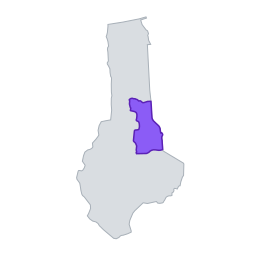 location of Donga within Benin, rotated 177°
{"feature_id": "BEN-2182", "entity_name": "Donga", "entity_type": "Department", "adm_level": 1, "iso_a3": "BEN", "parent_name": "Benin", "parent_adm1": "", "projection": "orthographic", "projection_center": [1.891, 9.258], "detail": "fine", "context": "in_parent", "style": "filled", "palette": "violet", "viewbox_px": 256, "rotation_deg": 177, "n_neighbors": 0, "source": "natural_earth", "source_scale": "10m", "svg_char_len": 3721}
<svg xmlns="http://www.w3.org/2000/svg" viewBox="0 0 256 256"><g transform="rotate(177 128 128)"><path d="M104.2,238.0L103.8,236.8L109.7,235.2L108.5,230.5L104.8,225.0L103.4,224.0L102.6,221.2L103.5,219.4L103.1,218.2L102.8,214.4L101.0,210.3L104.3,210.2L104.3,196.9L104.3,184.2L104.3,173.3L104.3,164.7L103.7,154.5L103.6,146.9L103.5,136.9L102.3,133.8L97.3,128.6L95.9,125.8L95.7,122.2L94.6,118.5L94.5,112.0L94.5,104.4L94.0,103.2L88.6,99.5L81.0,94.4L75.2,90.5L74.7,90.2L74.1,89.2L75.0,77.7L76.2,76.2L78.1,71.4L79.0,67.6L79.9,67.6L81.0,66.4L82.0,64.5L83.0,64.9L84.7,65.3L85.5,64.6L85.4,63.2L85.9,61.8L87.3,61.1L87.6,59.9L87.6,58.4L88.8,58.0L90.8,58.1L92.4,57.6L93.6,56.8L95.3,53.9L96.2,52.8L96.5,52.1L97.5,51.4L100.1,51.1L102.2,51.4L103.5,53.1L112.5,51.6L116.8,52.5L125.6,45.0L127.6,42.7L130.2,37.4L131.1,35.4L131.9,31.8L130.2,25.0L130.3,23.8L133.9,22.4L138.4,21.2L140.1,21.1L141.3,20.6L142.9,19.1L145.6,18.0L147.1,18.4L148.1,18.6L157.6,27.5L161.7,31.9L162.9,34.2L165.0,35.9L168.1,36.9L171.0,39.2L173.2,42.4L171.8,44.7L169.6,49.5L169.6,53.2L174.9,60.9L175.5,61.7L176.9,62.9L177.6,64.4L178.3,68.2L178.7,72.6L179.1,75.5L181.7,79.6L181.9,81.2L180.1,87.3L179.7,88.0L179.2,88.2L176.5,87.6L175.3,88.3L173.8,90.4L172.9,92.5L172.9,93.3L175.3,97.2L173.8,102.8L172.3,106.2L169.4,108.2L166.9,108.7L165.2,109.6L164.1,110.9L164.3,114.8L160.6,118.5L158.5,121.0L157.5,122.5L158.0,127.2L156.7,131.9L154.4,135.7L149.2,136.5L144.9,137.0L143.4,146.5L143.5,152.5L143.1,158.6L142.4,161.1L142.7,164.6L142.4,172.6L141.8,178.9L142.6,180.6L143.0,184.2L143.0,188.1L144.1,190.7L145.3,193.0L145.3,194.2L144.7,195.0L144.1,195.9L144.1,204.9L144.4,207.6L144.1,209.3L143.1,210.7L143.5,215.3L144.2,218.2L145.0,220.3L144.3,222.1L143.6,224.4L142.7,230.4L142.6,232.5L127.8,234.0L111.1,236.4L104.2,238.0Z" fill="#d9dde1" stroke="#a8b0b8" stroke-width="1"/><path d="M94.7,121.5L94.2,121.0L93.8,120.1L93.7,119.4L93.9,118.9L94.5,117.9L94.7,117.5L94.8,117.1L94.8,116.4L94.8,116.1L94.9,115.6L94.6,114.0L94.6,111.2L94.5,107.3L94.5,104.7L94.9,104.5L96.9,104.1L98.4,104.1L100.1,104.4L101.6,104.7L103.8,104.9L105.6,104.5L107.1,103.8L108.2,102.8L109.5,102.1L110.8,101.6L120.8,101.9L121.1,102.7L121.0,102.8L121.0,103.0L120.9,103.0L120.6,103.6L120.9,105.3L120.9,106.0L120.7,107.0L120.4,108.9L120.3,109.5L120.4,110.0L121.1,112.0L121.6,112.9L122.3,113.6L122.9,114.2L123.2,114.8L123.2,115.3L121.8,124.5L121.7,124.9L121.6,125.1L121.4,125.3L121.2,125.4L121.1,125.5L120.9,125.6L120.7,125.6L119.4,125.6L118.5,125.7L118.0,125.8L117.8,125.8L117.5,126.0L117.2,126.2L116.7,127.8L116.5,129.0L116.5,131.0L116.6,132.1L116.8,132.9L116.8,133.1L117.0,133.4L117.2,133.7L117.4,133.9L117.6,134.0L117.9,134.2L118.9,134.7L119.0,134.8L119.3,135.2L119.3,135.5L119.3,135.9L119.0,136.6L118.8,137.5L118.6,138.7L118.5,139.1L118.4,140.9L118.5,141.5L118.7,142.2L118.8,142.5L118.9,142.8L119.1,143.0L119.4,143.3L119.6,143.5L120.0,143.7L120.7,144.1L124.2,145.1L124.4,145.2L124.5,145.2L124.7,145.4L124.4,146.7L124.2,147.8L124.5,148.2L124.7,148.7L125.3,151.9L124.9,155.0L125.1,155.8L125.3,156.0L125.0,156.5L124.5,156.8L124.2,157.0L123.8,157.2L123.2,157.4L122.4,157.4L122.2,157.4L121.9,157.4L121.0,157.0L120.5,156.9L119.7,156.9L119.3,156.8L118.9,156.5L118.8,156.4L117.7,156.1L117.4,155.9L117.1,155.7L116.8,155.5L116.3,154.8L116.2,154.7L115.9,154.5L115.7,154.5L114.6,154.5L114.4,154.5L114.2,154.4L113.8,154.2L113.7,154.1L112.7,153.1L112.4,152.9L112.1,152.7L111.8,152.5L111.6,152.5L111.1,152.5L110.5,152.6L107.5,153.4L107.1,153.5L106.9,153.5L106.2,153.5L104.3,153.5L103.7,153.4L103.6,148.6L103.6,145.3L103.6,141.4L103.5,137.0L103.3,136.0L103.0,135.1L102.3,133.9L100.1,131.5L97.3,128.6L97.1,128.3L96.5,127.3L96.0,125.8L95.7,122.2L95.3,121.2L94.7,121.5Z" fill="#8b5cf6" stroke="#5b21b6" stroke-width="1.5"/></g></svg>